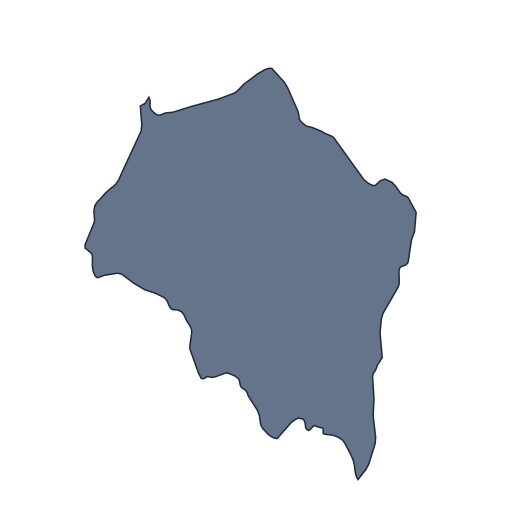 the border of Samangan, rotated 287°
{"feature_id": "AFG-1773", "entity_name": "Samangan", "entity_type": "Province", "adm_level": 1, "iso_a3": "AFG", "parent_name": "Afghanistan", "parent_adm1": "", "projection": "robinson", "projection_center": [67.514, 36.0], "detail": "fine", "context": "isolated", "style": "filled", "palette": "slate", "viewbox_px": 512, "rotation_deg": 287, "n_neighbors": 0, "source": "natural_earth", "source_scale": "10m", "svg_char_len": 2853}
<svg xmlns="http://www.w3.org/2000/svg" viewBox="0 0 512 512"><g transform="rotate(287 256 256)"><path d="M257.3,87.2L260.3,88.1L272.7,93.9L279.4,98.0L280.6,99.1L283.5,100.8L288.5,102.4L298.9,103.7L342.0,109.6L348.1,108.4L365.6,101.5L369.4,105.2L376.5,107.2L373.3,109.5L368.3,110.8L366.6,111.8L365.2,113.0L364.3,114.5L362.7,117.9L362.1,120.3L362.2,121.8L362.9,123.3L366.0,127.2L366.9,128.9L368.5,132.9L369.5,135.0L380.0,150.3L395.1,174.2L405.2,187.3L407.7,189.5L416.8,194.2L431.3,204.8L436.6,209.8L437.9,211.5L439.5,214.2L440.0,216.3L430.5,232.2L426.2,237.0L406.1,254.3L399.6,257.5L398.1,259.1L397.1,260.8L395.6,264.4L395.1,266.0L395.0,267.6L395.3,271.2L395.3,272.8L394.3,282.9L393.5,285.9L392.6,294.2L391.7,296.0L360.6,336.8L359.0,340.3L358.0,343.9L357.7,345.6L357.7,346.9L358.1,349.3L363.7,352.5L364.7,353.4L367.3,356.8L366.2,364.7L363.3,369.5L358.5,375.6L357.5,378.1L357.1,380.4L357.0,382.8L356.2,384.5L344.5,396.4L325.4,400.5L316.7,400.0L295.1,403.2L293.3,403.0L291.6,402.0L290.4,400.9L288.6,398.3L287.5,397.3L285.9,396.9L283.8,397.0L272.0,400.9L269.6,401.1L266.7,400.8L238.1,394.2L232.6,394.3L219.1,397.0L195.7,406.4L187.2,404.1L182.8,403.8L180.1,403.2L178.9,402.7L177.0,402.5L174.5,402.8L154.2,410.5L137.3,414.8L117.7,423.4L111.6,424.8L89.8,424.7L83.8,423.5L72.0,418.9L74.7,416.3L78.1,414.2L85.0,411.1L89.1,408.6L92.8,405.6L103.1,395.5L104.4,393.8L105.4,392.0L106.1,390.0L106.6,387.8L107.0,384.9L107.0,382.6L106.9,380.7L105.7,374.0L105.7,373.0L105.8,372.4L106.2,372.0L106.9,371.7L109.9,371.0L110.5,370.7L110.8,370.0L110.9,369.0L110.6,365.6L110.7,364.2L111.0,362.0L110.7,361.3L110.0,360.6L105.2,358.2L104.6,357.2L104.8,355.5L105.6,354.4L106.6,353.5L110.7,351.8L111.9,350.9L112.7,350.2L113.3,349.3L113.6,348.6L113.8,347.9L113.7,347.2L113.6,346.2L113.0,343.2L108.0,338.9L87.5,329.5L87.2,326.6L87.5,324.5L88.1,322.3L88.9,319.9L92.6,313.5L94.2,311.5L96.2,309.7L104.3,305.9L108.8,302.5L117.1,292.8L120.0,289.4L122.8,287.4L123.9,286.1L124.9,284.4L125.6,281.7L126.5,279.9L128.2,278.5L131.7,276.7L133.1,275.6L134.2,273.4L135.2,270.4L135.7,265.4L135.7,263.0L135.2,261.1L129.3,253.4L127.9,251.2L127.1,249.5L126.9,248.9L126.8,246.2L126.6,245.2L126.3,244.4L125.7,244.0L124.4,242.9L123.6,242.1L123.2,241.3L122.9,240.4L122.9,239.9L122.9,239.4L127.3,235.2L147.7,220.0L151.8,218.8L163.2,217.1L166.3,216.1L168.1,214.8L170.2,212.9L173.8,208.6L178.4,204.5L179.8,202.9L180.9,200.9L181.4,197.5L181.3,195.7L180.9,194.0L180.5,192.8L180.3,191.9L180.6,190.7L181.4,189.1L183.4,187.1L186.8,184.4L188.3,182.3L189.3,180.7L190.9,171.2L191.2,159.5L194.2,147.0L199.3,133.2L199.2,130.4L199.0,128.4L193.2,116.6L189.5,111.7L189.1,111.0L188.9,110.5L189.0,109.8L189.4,109.1L190.0,108.1L191.9,106.2L194.1,104.6L198.4,102.5L208.3,99.6L210.6,97.5L213.6,90.3L216.7,89.2L241.3,91.5L244.3,90.7L250.5,88.2L253.8,87.5L257.3,87.2Z" fill="#64748b" stroke="#1e293b" stroke-width="1.5"/></g></svg>